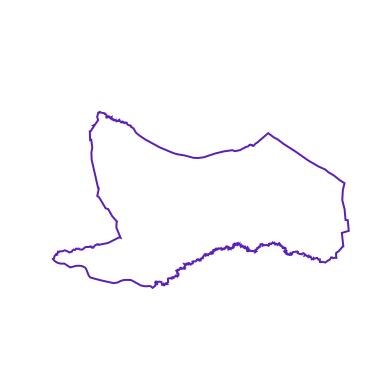 San Martín, Corrientes, Argentina, rotated 77°
{"feature_id": "61730980B32526789553525", "entity_name": "San Martín", "entity_type": "district", "adm_level": 2, "iso_a3": "ARG", "parent_name": "Argentina", "parent_adm1": "Corrientes", "projection": "natural_earth1", "projection_center": [-56.886, -28.867], "detail": "fine", "context": "isolated", "style": "outline", "palette": "violet", "viewbox_px": 384, "rotation_deg": 77, "n_neighbors": 0, "source": "geoboundaries", "source_scale": "gbopen_adm2", "svg_char_len": 6070}
<svg xmlns="http://www.w3.org/2000/svg" viewBox="0 0 384 384"><g transform="rotate(77 192 192)"><path d="M217.7,41.4L214.0,45.1L207.4,50.4L203.7,54.4L199.9,57.3L195.6,63.0L187.4,71.7L175.8,82.1L165.7,92.0L159.9,96.8L157.3,99.9L151.8,104.5L158.5,117.3L159.2,119.3L160.9,121.7L160.6,122.5L159.7,122.9L159.8,123.7L158.9,124.7L159.4,126.0L160.1,126.7L160.3,130.1L161.0,131.3L161.1,132.9L162.0,135.6L161.9,140.8L160.3,143.5L159.6,151.8L159.7,161.1L160.8,172.4L160.3,178.4L159.1,182.7L154.7,191.0L152.2,197.2L150.0,201.3L141.1,213.6L130.6,225.4L125.3,230.4L121.7,233.2L116.9,234.7L114.7,236.8L114.2,236.5L113.2,237.2L113.0,237.9L112.5,239.0L110.4,240.4L109.8,240.1L109.3,241.4L109.6,242.5L108.4,243.0L108.2,243.5L108.7,243.6L108.6,244.0L107.9,244.0L108.2,245.3L107.3,245.5L106.6,246.9L106.0,246.7L106.0,247.3L105.5,247.1L106.2,249.4L105.4,250.1L104.8,250.1L105.1,250.7L104.1,251.5L104.4,252.4L102.8,252.9L102.5,253.2L103.0,253.9L102.8,254.1L101.9,253.8L101.7,254.4L101.0,253.9L101.3,255.1L100.3,255.2L99.6,255.9L100.3,256.4L100.3,258.1L99.8,258.1L99.8,258.6L98.9,258.4L98.8,257.8L96.9,258.4L96.4,259.1L97.1,259.5L95.7,259.4L93.7,263.8L93.3,263.8L93.5,265.2L94.0,265.0L94.3,265.8L97.4,267.5L100.8,267.3L104.4,271.2L105.0,273.3L105.6,272.5L110.6,277.8L110.4,278.0L118.5,279.6L118.5,278.4L126.4,279.2L131.0,281.2L138.1,282.5L166.7,282.6L166.7,282.2L168.0,282.2L174.6,285.2L176.3,283.7L188.5,279.8L189.8,277.5L197.6,275.2L204.2,271.7L204.9,272.4L209.8,273.7L220.5,271.9L219.8,273.1L222.8,285.3L222.5,294.9L222.0,294.9L221.6,295.8L222.2,298.5L224.1,301.0L223.6,302.1L222.6,302.2L222.6,303.3L222.1,303.6L222.4,304.6L221.7,308.2L223.3,311.5L223.3,312.5L222.6,314.6L221.6,315.2L221.6,316.6L221.1,317.7L222.2,318.9L221.5,320.2L222.1,321.7L223.1,322.5L223.3,325.3L221.4,327.1L220.2,329.1L220.6,331.3L220.1,333.9L220.7,335.3L220.0,335.9L221.7,337.1L222.0,338.3L222.8,337.8L223.0,339.7L223.9,340.6L225.5,341.3L226.0,342.6L228.8,341.0L230.9,338.7L232.2,336.2L233.1,332.4L237.8,327.9L238.1,327.2L237.9,321.3L238.8,317.4L240.0,315.0L241.8,313.0L243.0,312.5L250.3,311.4L252.5,310.2L257.5,300.8L263.2,288.8L263.4,284.7L262.6,281.4L262.4,277.8L264.0,271.3L271.8,262.5L273.5,258.2L274.0,254.7L274.6,253.4L276.5,252.0L275.2,249.1L274.5,248.9L274.2,248.1L272.9,247.9L271.7,248.2L271.1,247.4L271.5,246.6L272.8,247.0L273.5,246.5L271.8,245.8L272.1,243.6L272.9,242.0L275.7,242.1L276.0,241.4L275.3,240.4L276.5,240.3L276.7,239.9L275.1,238.3L275.1,237.9L276.0,237.7L276.2,236.9L275.3,237.2L274.6,235.6L271.1,235.0L270.9,234.7L271.0,233.0L271.8,231.3L270.9,231.1L271.5,229.5L270.7,229.5L270.6,227.3L269.8,226.8L269.7,226.3L269.9,225.8L270.8,225.7L271.1,225.3L270.7,225.0L269.9,225.4L270.4,224.7L270.4,224.2L268.9,223.6L267.8,224.0L267.6,224.6L266.9,224.3L265.3,224.9L265.3,224.0L264.6,223.8L264.5,223.3L265.2,222.5L264.2,221.3L264.3,220.2L263.7,220.6L263.3,220.4L263.3,219.9L263.9,219.0L264.3,219.7L264.5,219.5L264.4,217.3L265.1,217.0L265.1,216.3L264.8,216.2L264.5,217.0L264.2,215.8L263.8,215.9L263.2,217.1L263.2,216.1L262.2,215.2L260.5,215.7L261.5,213.8L260.5,213.5L260.5,213.2L261.6,211.8L260.6,211.6L260.5,210.9L262.3,209.6L261.7,209.1L261.9,207.8L261.5,207.1L259.9,207.2L259.9,205.9L260.5,204.1L259.8,202.9L259.0,202.6L258.8,201.8L259.4,201.3L259.1,200.7L259.5,200.1L259.6,200.9L260.6,200.2L260.7,199.0L259.1,198.5L258.8,198.1L259.1,196.4L258.5,196.0L257.9,196.2L256.3,194.4L256.7,193.8L256.4,193.3L257.1,193.0L256.8,192.4L257.0,191.8L256.7,191.6L255.8,192.2L256.3,190.6L257.0,190.2L256.3,189.6L256.4,187.9L256.0,187.9L256.3,187.4L256.0,186.3L256.7,186.2L256.7,185.8L256.2,185.4L255.5,186.8L255.0,186.9L254.8,184.6L253.5,184.5L253.3,183.7L254.2,182.9L253.7,182.2L253.0,182.2L252.5,181.3L252.8,180.7L253.4,181.5L253.8,181.0L253.8,179.9L252.8,179.0L253.5,177.8L253.2,176.5L254.7,176.3L255.0,175.7L254.8,174.8L254.3,174.8L254.9,173.7L254.0,173.1L254.5,172.6L253.6,171.2L252.8,171.0L252.8,170.3L253.2,169.6L253.4,170.3L254.4,169.9L254.8,169.2L256.2,169.4L256.0,168.4L255.3,167.8L256.1,167.1L255.2,166.9L255.1,166.6L255.9,164.9L254.9,164.5L255.1,163.7L253.8,163.2L253.5,163.3L253.7,163.9L253.0,163.7L253.3,162.5L252.1,163.0L251.8,162.4L252.0,161.4L252.8,161.2L252.4,160.2L253.2,160.3L252.4,158.9L253.7,159.1L253.3,158.1L253.6,158.3L254.1,157.3L255.1,157.0L254.2,156.7L254.2,156.3L254.9,156.5L255.3,155.7L256.3,155.6L256.0,154.7L257.2,154.4L256.8,153.9L257.0,152.7L257.9,152.8L257.7,153.8L258.7,153.1L258.8,152.7L258.3,152.2L259.6,151.7L258.9,151.3L258.1,151.6L259.3,150.4L258.9,150.2L261.0,149.5L261.0,150.3L260.5,150.7L260.0,150.3L259.9,151.0L261.8,151.6L262.4,150.9L262.2,148.3L262.8,147.8L263.2,145.7L263.8,144.8L265.0,144.3L264.5,143.2L263.9,143.5L264.0,142.8L263.0,143.3L262.5,143.1L262.4,141.4L261.1,140.9L261.0,140.1L261.4,139.9L261.3,139.5L260.4,139.0L260.7,138.3L258.3,136.9L258.6,136.3L258.4,135.3L259.3,134.6L260.2,135.1L260.0,133.2L260.4,132.3L260.4,131.2L260.9,130.0L261.6,129.7L261.4,129.1L259.8,128.6L259.8,127.5L260.3,127.4L260.6,126.4L259.3,124.7L260.2,124.0L259.8,123.2L260.0,123.0L261.8,122.8L261.4,121.4L261.9,120.8L262.7,120.7L261.5,118.5L262.6,118.0L263.1,118.7L263.6,118.0L264.3,117.9L264.3,116.9L266.5,116.3L266.2,115.7L266.6,115.4L267.1,115.9L267.5,115.2L267.1,114.3L267.3,113.9L268.0,114.2L268.2,113.5L270.0,113.9L270.2,114.8L270.5,114.7L270.4,114.2L270.8,113.2L271.6,113.7L270.8,113.9L271.3,114.6L271.9,113.9L272.4,114.0L272.0,114.8L274.4,113.5L273.2,113.6L273.1,113.2L273.6,112.6L274.5,112.7L275.4,110.7L274.9,110.3L274.3,110.6L273.8,109.8L275.4,109.1L275.1,108.5L273.3,107.6L273.6,102.9L274.2,102.2L275.2,102.8L276.5,101.3L277.4,99.0L276.9,98.8L276.7,97.2L278.2,95.9L279.3,96.6L279.2,95.3L280.6,94.0L280.3,93.0L281.7,93.1L281.7,92.3L281.1,92.0L281.6,90.9L284.5,90.4L284.3,89.6L284.8,88.9L283.7,88.3L284.4,87.8L284.4,84.8L286.2,84.1L286.4,82.6L288.9,83.2L289.4,82.0L289.2,81.2L290.7,77.9L289.4,75.0L289.0,73.1L287.0,71.1L287.2,70.3L288.2,69.6L288.2,67.4L288.7,66.2L284.8,65.7L284.7,65.3L283.7,65.1L282.6,62.2L279.1,57.5L279.1,56.8L265.6,55.2L265.1,48.0L254.5,46.6L253.8,48.7L243.0,47.2L233.7,47.4L224.1,44.6L217.7,41.4Z" fill="none" stroke="#5b21b6" stroke-width="2"/></g></svg>